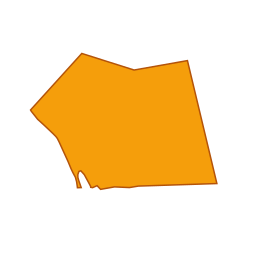 Rois, Palau, rotated 336°
{"feature_id": "81905179B53206837764533", "entity_name": "Rois", "entity_type": "district", "adm_level": 2, "iso_a3": "PLW", "parent_name": "Palau", "parent_adm1": "", "projection": "robinson", "projection_center": [134.13, 6.908], "detail": "fine", "context": "isolated", "style": "filled", "palette": "amber", "viewbox_px": 256, "rotation_deg": 336, "n_neighbors": 0, "source": "geoboundaries", "source_scale": "gbopen_adm2", "svg_char_len": 576}
<svg xmlns="http://www.w3.org/2000/svg" viewBox="0 0 256 256"><g transform="rotate(336 128 128)"><path d="M157.1,77.5L116.1,41.1L46.3,71.9L46.5,73.6L48.2,80.1L49.0,83.3L52.0,90.1L57.2,102.6L58.6,106.3L59.2,108.8L59.4,112.8L59.6,134.1L59.4,142.0L59.5,146.2L59.9,151.6L59.2,156.1L58.0,160.4L57.5,162.0L61.0,163.4L61.6,156.2L62.1,152.8L63.2,150.2L65.5,147.7L67.5,147.9L69.1,152.8L69.9,162.8L70.1,166.0L69.8,167.0L71.4,168.1L76.3,168.1L78.0,172.9L91.7,176.3L105.1,183.0L113.9,185.3L186.6,214.9L209.7,90.6L157.1,77.5Z" fill="#f59e0b" stroke="#b45309" stroke-width="1.5"/></g></svg>